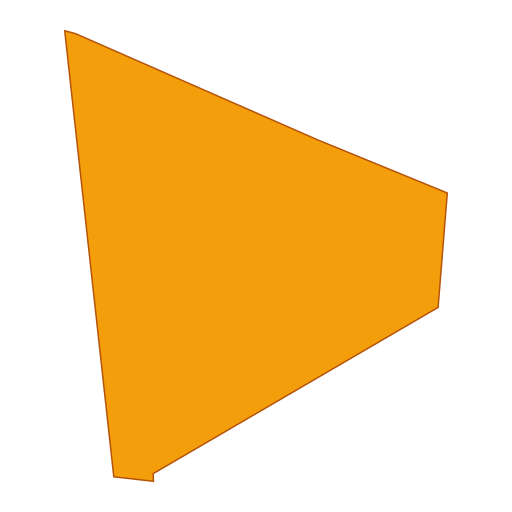 the district of 35, Ad Dawhah, Qatar
{"feature_id": "91078587B93784378535894", "entity_name": "35", "entity_type": "district", "adm_level": 2, "iso_a3": "QAT", "parent_name": "Qatar", "parent_adm1": "Ad Dawhah", "projection": "albers", "projection_center": [51.488, 25.313], "detail": "fine", "context": "isolated", "style": "filled", "palette": "amber", "viewbox_px": 512, "rotation_deg": 0, "n_neighbors": 0, "source": "geoboundaries", "source_scale": "gbopen_adm2", "svg_char_len": 234}
<svg xmlns="http://www.w3.org/2000/svg" viewBox="0 0 512 512"><path d="M64.7,30.7L113.8,476.8L153.4,481.3L153.2,473.6L438.1,307.4L447.3,193.0L317.7,139.9L75.4,33.6L64.7,30.7Z" fill="#f59e0b" stroke="#b45309" stroke-width="1.5"/></svg>